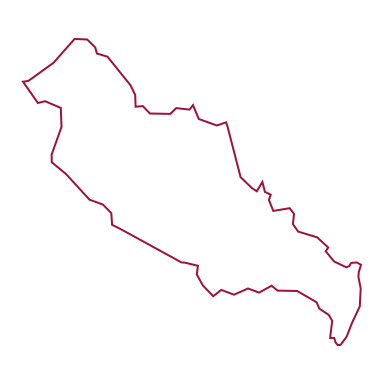 Liberty, Georgia, United States of America
{"feature_id": "52423323B31615661575159", "entity_name": "Liberty", "entity_type": "district", "adm_level": 2, "iso_a3": "USA", "parent_name": "United States of America", "parent_adm1": "Georgia", "projection": "mercator", "projection_center": [-81.411, 31.822], "detail": "fine", "context": "isolated", "style": "outline", "palette": "rose", "viewbox_px": 384, "rotation_deg": 0, "n_neighbors": 0, "source": "geoboundaries", "source_scale": "gbopen_adm2", "svg_char_len": 1110}
<svg xmlns="http://www.w3.org/2000/svg" viewBox="0 0 384 384"><path d="M330.1,337.9L334.2,338.0L335.6,342.5L337.7,345.1L340.5,344.9L346.7,336.6L351.8,323.4L359.8,306.3L360.7,288.5L358.4,276.8L358.8,271.9L361.0,264.8L356.9,262.5L352.1,262.8L350.8,263.3L349.5,265.9L346.4,267.3L334.1,261.5L325.7,251.3L328.2,247.5L317.2,237.4L298.2,231.6L292.9,224.1L294.0,213.9L289.7,208.2L273.3,210.9L268.9,200.0L270.7,194.7L264.9,191.9L262.4,181.9L256.8,191.3L251.8,188.0L240.6,177.2L227.5,126.5L226.1,122.3L216.8,125.5L198.8,119.0L193.0,105.1L189.5,109.6L176.2,108.1L170.3,113.9L149.9,113.5L142.8,106.1L135.6,106.7L135.2,95.0L130.6,85.4L107.5,56.7L96.9,53.5L95.2,47.4L87.2,39.5L74.6,38.9L53.6,62.7L28.4,80.9L23.0,81.7L37.9,103.0L45.0,101.2L60.8,107.9L61.5,126.9L51.6,154.7L51.8,162.3L66.3,174.3L89.5,199.7L103.0,204.6L111.3,213.2L112.1,224.9L119.2,228.3L181.4,262.4L185.2,262.7L197.9,265.8L196.8,274.4L202.8,285.4L213.2,296.2L221.3,289.9L234.0,294.7L248.0,288.5L259.1,292.6L271.6,285.7L277.5,290.6L297.2,291.0L316.6,302.3L319.3,308.6L328.7,314.9L332.2,320.8L330.1,337.9Z" fill="none" stroke="#9f1239" stroke-width="2"/></svg>